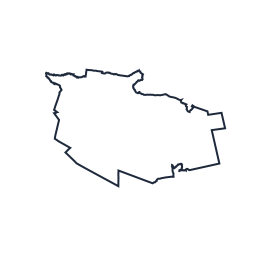 outline of La Cruz, Chihuahua, Mexico, rotated 206°
{"feature_id": "50627088B14932470862023", "entity_name": "La Cruz", "entity_type": "district", "adm_level": 2, "iso_a3": "MEX", "parent_name": "Mexico", "parent_adm1": "Chihuahua", "projection": "albers", "projection_center": [-104.981, 27.9], "detail": "fine", "context": "isolated", "style": "outline", "palette": "slate", "viewbox_px": 256, "rotation_deg": 206, "n_neighbors": 0, "source": "geoboundaries", "source_scale": "gbopen_adm2", "svg_char_len": 5835}
<svg xmlns="http://www.w3.org/2000/svg" viewBox="0 0 256 256"><g transform="rotate(206 128 128)"><path d="M190.0,89.3L189.1,86.3L184.1,85.6L171.2,84.8L172.0,82.9L173.5,78.6L160.8,74.5L158.8,73.7L148.4,73.1L111.2,71.5L115.2,80.0L115.9,81.2L117.9,85.6L81.6,89.1L80.8,90.6L80.2,90.8L80.1,91.1L79.9,91.2L79.8,91.7L79.6,91.9L79.4,92.9L79.0,93.2L79.1,93.4L79.4,93.6L78.9,95.3L78.7,95.6L77.1,96.4L76.1,97.4L72.9,99.8L67.7,103.2L65.7,104.1L66.6,105.6L67.0,106.8L69.1,108.8L70.3,111.4L70.8,112.0L71.2,112.3L71.5,113.0L71.8,113.1L71.8,113.4L72.1,114.0L71.7,114.0L71.6,113.8L71.3,113.5L70.8,113.4L70.5,113.2L70.2,112.8L70.3,112.4L70.1,112.2L68.9,112.1L68.8,112.4L68.8,112.6L68.4,112.9L68.5,113.4L68.4,113.6L68.1,113.9L68.1,114.1L67.8,114.3L67.9,114.5L67.6,114.8L67.6,115.2L67.5,115.3L67.3,115.9L67.1,116.2L67.1,116.6L67.0,117.0L66.7,116.9L66.4,117.5L66.1,117.9L65.6,118.2L65.1,118.8L64.4,119.2L64.1,119.2L63.6,118.4L63.3,118.4L63.3,118.1L63.2,118.1L62.4,116.8L62.2,116.6L62.2,116.4L62.3,116.2L62.1,115.6L61.6,114.7L61.6,114.4L62.0,114.2L63.1,112.8L62.6,112.4L62.8,112.1L63.8,111.7L63.1,111.7L62.5,112.4L62.1,113.1L61.7,113.2L61.0,113.8L60.7,114.0L60.5,113.9L60.1,114.2L59.7,114.2L59.1,114.6L58.9,114.5L58.2,115.3L57.4,115.2L57.6,115.6L57.5,115.9L57.7,116.2L57.5,116.6L57.4,116.6L57.2,117.0L56.7,117.3L56.3,117.2L55.5,117.2L55.1,117.0L54.2,117.1L30.3,136.1L51.8,162.8L40.6,170.3L50.6,182.6L61.7,175.0L63.9,177.8L76.8,176.2L77.0,176.1L80.0,176.6L80.1,175.7L80.1,175.4L78.4,175.0L78.5,174.0L78.7,173.5L78.7,173.1L79.0,172.7L79.1,171.9L79.3,171.7L79.6,171.3L79.8,170.4L79.9,169.8L79.7,169.4L81.5,169.2L83.2,170.3L83.5,170.4L84.0,172.2L84.3,172.8L84.5,172.9L85.3,172.9L86.5,174.3L86.4,174.4L87.6,174.5L87.4,174.7L89.3,174.6L89.3,174.3L89.8,174.2L90.1,174.4L91.3,174.3L92.4,175.4L92.5,176.0L92.4,176.6L92.9,176.1L94.7,175.8L97.9,175.9L99.6,175.7L104.1,174.5L106.0,174.6L106.8,174.9L108.4,174.8L108.9,175.0L113.1,171.7L116.4,170.3L118.0,169.2L119.8,168.9L123.2,167.4L124.2,166.8L125.2,166.5L126.5,165.6L127.8,165.0L128.4,164.8L129.0,165.0L130.1,164.7L130.4,164.5L131.2,164.8L131.9,164.6L132.9,164.6L133.1,164.7L133.2,165.2L133.5,165.4L133.8,165.2L133.9,164.9L133.8,164.2L134.2,163.7L134.7,163.6L136.5,163.6L137.9,164.5L138.0,164.8L138.4,165.1L138.9,165.4L139.1,165.2L139.4,165.3L140.6,166.2L140.7,166.6L141.4,167.1L141.8,167.9L141.6,168.1L141.9,169.1L141.7,169.4L141.8,169.5L141.3,169.8L141.3,170.4L141.0,170.8L140.8,171.3L140.7,172.0L140.5,172.3L140.5,172.6L140.4,172.8L140.4,173.2L140.1,173.4L140.0,173.7L139.8,174.7L139.4,175.0L139.5,175.5L139.0,175.7L138.3,175.6L138.2,175.9L137.6,176.5L137.4,177.0L136.4,177.3L136.3,178.2L136.7,178.3L137.1,179.4L137.6,179.7L137.6,180.7L138.0,181.1L137.8,181.4L138.4,182.3L138.3,182.6L138.5,182.6L138.5,182.9L141.0,183.2L141.6,183.9L141.7,184.1L142.0,183.9L142.8,183.9L143.0,184.0L143.4,184.5L143.5,184.2L144.6,183.5L144.7,182.5L145.8,181.7L146.5,180.5L146.5,180.3L147.0,180.1L147.3,179.5L147.5,179.3L147.6,178.9L148.1,177.9L148.1,177.5L148.4,177.2L149.1,176.8L149.7,175.5L150.0,175.3L149.9,175.1L151.1,174.2L151.6,174.0L151.9,174.0L152.6,173.7L155.8,172.7L156.8,172.3L157.1,172.3L158.3,171.8L158.7,171.8L159.2,171.5L159.6,171.5L160.1,171.3L160.7,171.2L161.3,171.4L161.7,171.3L162.5,171.3L163.0,170.8L163.1,170.6L163.8,170.6L163.9,170.3L164.2,170.2L164.5,169.9L164.8,170.0L165.4,170.0L167.2,169.4L168.4,169.6L168.7,169.3L169.0,169.2L169.4,169.4L169.6,169.4L170.1,169.0L170.5,169.0L171.8,168.3L172.1,167.7L172.3,167.5L172.3,167.2L172.6,166.9L173.3,166.5L175.2,166.0L175.5,166.0L175.5,167.2L175.8,167.3L176.3,167.2L180.8,165.6L181.6,165.5L182.6,165.2L183.8,164.5L184.9,164.3L186.4,163.9L188.1,163.1L190.8,162.2L188.7,155.7L189.0,155.6L189.3,155.2L189.7,155.2L190.0,155.4L190.2,155.2L190.4,155.3L190.6,155.2L190.8,155.1L191.0,154.5L191.4,154.2L191.9,153.3L192.4,153.1L193.0,152.7L193.7,152.4L194.0,152.1L194.6,151.7L195.3,151.9L195.4,151.7L195.3,151.3L195.6,151.3L195.7,151.1L196.0,151.0L196.2,151.4L196.3,151.5L196.7,151.2L197.1,151.4L197.5,151.2L197.9,151.2L198.0,151.3L197.8,151.5L198.0,151.6L198.5,151.6L198.6,151.4L199.2,151.6L200.0,151.2L200.2,151.3L200.4,151.9L200.9,151.8L200.8,152.3L201.3,152.1L201.3,151.8L201.9,151.8L201.9,151.6L202.1,151.5L202.7,151.7L203.0,151.7L203.3,151.1L204.2,151.5L204.3,151.2L204.5,151.1L205.3,150.8L205.8,150.9L205.9,150.6L206.0,150.4L206.2,150.5L206.4,150.3L206.6,150.4L206.8,150.3L206.9,149.9L207.1,149.5L207.0,149.3L207.4,149.2L207.7,148.8L208.2,148.9L208.4,148.7L208.7,148.3L208.2,148.0L209.1,147.4L209.1,147.0L209.9,147.1L210.5,147.0L210.8,146.7L210.7,146.4L211.1,146.1L211.4,146.1L211.5,146.2L211.1,145.8L211.7,145.4L212.7,145.2L213.1,144.9L213.5,145.0L213.9,144.7L215.0,144.6L215.3,144.4L215.4,144.0L215.9,143.8L216.0,143.6L216.3,143.7L216.7,143.5L216.9,143.7L217.1,143.7L217.3,143.5L217.5,143.6L217.9,143.4L218.0,143.1L218.3,143.4L218.7,142.9L219.0,142.5L219.4,142.6L219.7,142.5L220.1,142.6L220.4,142.5L220.6,142.2L221.0,142.0L221.4,142.1L221.8,142.0L222.1,141.6L222.6,141.8L223.2,142.1L223.6,142.1L223.7,142.3L224.3,142.0L224.4,141.8L225.0,141.8L225.2,141.6L225.6,141.7L225.7,141.2L224.6,140.2L224.2,138.7L223.0,138.5L222.7,138.2L222.5,138.4L221.9,138.2L221.5,137.9L221.4,138.0L221.1,137.7L220.5,137.7L220.2,137.4L219.4,137.1L219.0,136.7L218.7,136.6L218.5,136.4L218.0,136.5L217.7,136.3L217.6,136.0L217.5,135.8L216.7,135.6L215.7,135.9L215.3,135.7L214.6,136.0L214.2,135.3L213.6,135.3L213.3,135.3L213.4,135.8L212.9,135.9L212.7,136.2L212.3,136.0L211.6,136.3L210.9,136.1L210.2,136.3L208.6,136.3L208.1,136.1L207.7,136.1L207.3,135.7L207.2,135.3L206.8,134.6L205.5,134.0L205.3,133.6L204.6,133.3L204.4,132.8L205.1,130.6L205.2,129.8L204.7,129.2L204.3,127.4L204.3,126.4L203.8,123.6L202.8,114.7L202.5,113.3L202.4,111.9L198.6,111.2L199.1,110.8L199.3,110.3L199.5,109.9L200.4,109.6L200.5,109.2L200.9,108.9L193.5,105.0L190.0,89.3Z" fill="none" stroke="#1e293b" stroke-width="2"/></g></svg>